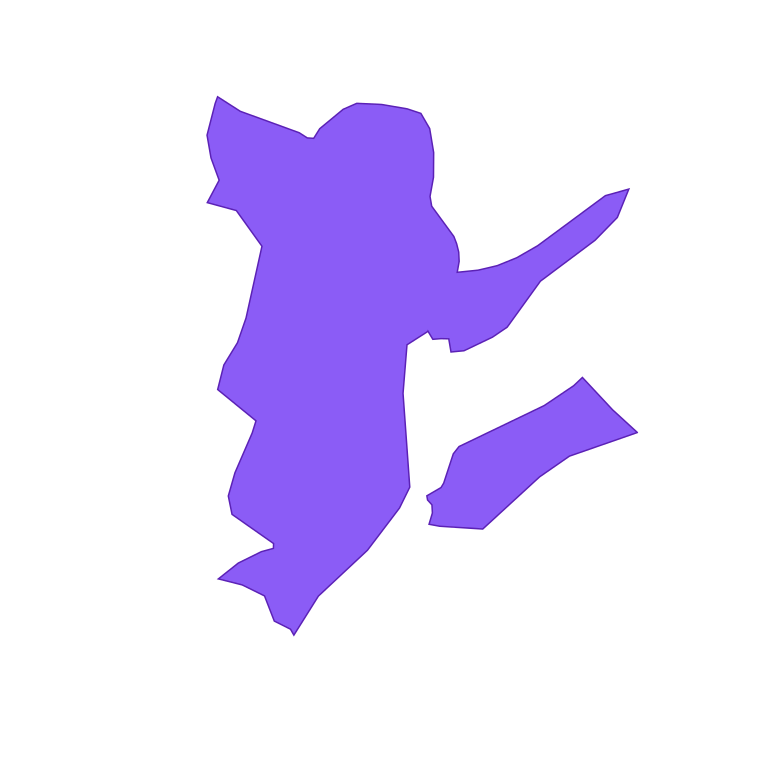 map outline of Kilinŏchchi (Robinson projection), rotated 110°
{"feature_id": "LKA-2460", "entity_name": "Kilinŏchchi", "entity_type": "District", "adm_level": 1, "iso_a3": "LKA", "parent_name": "Sri Lanka", "parent_adm1": "", "projection": "robinson", "projection_center": [80.291, 9.445], "detail": "fine", "context": "isolated", "style": "filled", "palette": "violet", "viewbox_px": 768, "rotation_deg": 110, "n_neighbors": 0, "source": "natural_earth", "source_scale": "10m", "svg_char_len": 1336}
<svg xmlns="http://www.w3.org/2000/svg" viewBox="0 0 768 768"><g transform="rotate(110 384 384)"><path d="M171.0,638.6L176.9,612.3L176.9,549.5L179.0,540.3L177.2,534.1L166.0,531.7L139.8,516.3L129.6,505.6L123.2,485.3L122.1,481.6L117.5,456.2L117.1,441.9L128.4,428.4L149.5,416.5L172.8,408.2L192.0,404.9L200.6,400.0L221.5,368.8L223.9,366.7L227.5,363.6L234.5,358.9L243.1,355.3L254.0,353.4L244.9,334.6L239.5,326.3L234.0,318.0L220.0,302.5L201.5,286.9L131.3,240.4L117.1,220.6L147.7,221.7L176.7,234.8L233.9,272.2L288.5,287.7L302.9,298.1L325.4,320.2L331.0,332.0L319.4,338.6L321.9,346.0L325.3,353.4L319.4,360.7L319.5,360.7L339.3,375.8L386.3,362.9L472.1,324.5L495.2,327.0L545.9,342.7L605.7,373.1L650.8,382.8L646.4,388.0L644.3,406.0L624.0,423.8L621.3,448.5L623.8,473.0L602.1,459.7L583.5,441.9L576.3,431.7L571.7,433.2L558.5,482.2L542.5,492.0L518.4,493.7L475.1,491.1L462.4,491.7L446.1,538.4L420.9,541.0L395.3,535.8L369.2,536.2L296.3,545.8L271.5,582.1L274.0,612.1L248.9,608.6L230.7,623.9L210.7,635.4L178.0,638.6L171.0,638.6ZM343.0,129.4L388.4,185.1L418.0,206.0L486.5,241.6L498.6,282.9L500.4,293.7L488.7,294.4L481.2,297.6L480.2,299.4L478.1,303.4L474.4,305.5L461.8,295.0L456.7,294.0L425.9,295.0L417.1,292.1L349.5,226.1L320.5,205.0L320.4,205.0L310.0,199.8L330.1,160.3L342.9,129.4L343.0,129.4Z" fill="#8b5cf6" stroke="#5b21b6" stroke-width="1.5"/></g></svg>